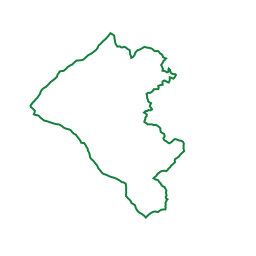 the district of Brumadinho, Minas Gerais, Brazil, rotated 236°
{"feature_id": "56859067B71494732621842", "entity_name": "Brumadinho", "entity_type": "district", "adm_level": 2, "iso_a3": "BRA", "parent_name": "Brazil", "parent_adm1": "Minas Gerais", "projection": "robinson", "projection_center": [-44.135, -20.186], "detail": "fine", "context": "isolated", "style": "outline", "palette": "green", "viewbox_px": 256, "rotation_deg": 236, "n_neighbors": 0, "source": "geoboundaries", "source_scale": "gbopen_adm2", "svg_char_len": 3963}
<svg xmlns="http://www.w3.org/2000/svg" viewBox="0 0 256 256"><g transform="rotate(236 128 128)"><path d="M191.9,57.6L190.6,58.5L189.5,59.8L188.4,60.7L187.0,61.0L185.5,61.2L183.6,61.8L181.0,62.7L179.3,64.3L178.2,65.2L176.4,66.5L174.4,68.1L172.6,69.5L171.1,70.9L170.0,72.2L168.8,73.3L166.8,74.2L164.3,74.9L162.4,76.0L161.2,77.1L159.6,78.5L158.0,79.3L156.4,79.4L153.8,79.8L151.5,81.0L148.7,81.1L146.6,81.3L144.1,81.4L142.1,80.9L141.1,81.9L140.1,83.2L137.7,83.3L135.6,83.0L133.3,83.0L131.8,82.1L129.5,82.0L127.5,81.4L125.2,80.2L123.3,80.2L121.6,80.5L120.3,80.9L119.0,81.0L117.6,81.1L116.1,81.2L114.6,81.4L113.0,81.3L110.9,80.8L109.1,81.2L106.9,81.3L105.0,81.5L103.4,82.1L102.1,83.3L100.6,84.3L98.6,85.4L96.9,86.6L95.6,87.7L94.1,89.0L92.1,90.2L90.4,91.1L88.6,92.0L86.7,92.5L85.1,94.1L83.1,95.0L81.2,94.0L79.3,93.0L77.5,91.6L75.9,90.7L74.3,89.5L72.8,88.3L70.1,88.6L68.1,89.1L65.8,89.4L63.7,88.9L62.1,89.8L60.1,90.6L57.5,89.8L55.4,89.5L53.5,89.6L51.2,90.2L48.9,91.5L46.5,92.3L43.8,92.7L44.2,94.4L44.5,96.1L44.7,98.5L44.6,100.7L44.3,102.5L43.5,103.9L42.5,104.9L41.5,106.0L41.7,107.8L41.6,110.0L40.7,111.7L39.6,113.5L41.0,114.8L42.3,115.2L43.2,116.4L45.0,117.2L46.2,119.1L46.8,120.9L48.2,120.2L49.7,120.7L50.5,122.3L51.9,122.8L53.4,123.4L54.5,124.8L57.1,125.1L58.7,125.3L60.3,124.1L62.4,123.8L63.9,124.1L65.5,123.7L67.9,123.8L70.1,121.9L72.1,121.1L72.4,123.0L72.5,125.0L73.5,126.9L73.5,128.8L73.7,130.4L73.2,132.4L72.3,134.2L70.9,135.4L71.0,137.2L71.7,138.8L71.9,141.0L72.8,143.2L73.0,145.7L73.4,147.9L75.0,148.5L75.9,149.7L75.8,151.7L75.8,154.1L76.6,156.1L77.1,158.7L77.4,161.6L79.6,162.4L81.2,163.5L82.6,164.4L83.7,165.5L85.6,165.9L87.1,165.3L88.2,164.4L89.6,163.0L91.3,162.0L92.6,160.7L92.5,158.5L92.0,156.2L92.2,153.6L93.7,152.9L95.6,152.3L97.6,151.2L99.7,151.6L100.7,153.9L102.8,154.6L104.6,153.7L106.3,153.0L107.9,153.5L109.5,154.6L111.7,154.3L113.6,153.6L114.9,153.0L116.0,151.0L117.7,149.9L118.6,148.5L119.7,146.6L121.8,145.8L123.8,144.9L124.9,145.9L125.6,147.2L127.0,148.3L127.6,150.3L128.7,151.1L130.2,150.8L131.8,149.9L132.2,152.0L131.3,153.5L131.4,155.1L130.2,156.3L130.0,158.3L131.5,158.5L133.7,158.2L134.9,159.6L135.7,161.0L137.2,160.1L138.7,159.7L140.3,160.3L142.3,160.7L144.1,161.9L145.9,162.4L146.0,164.3L144.7,166.2L144.7,169.0L145.7,171.2L144.6,172.8L143.3,174.9L144.3,176.0L146.0,176.6L145.4,179.0L144.5,180.9L145.8,181.6L147.2,182.6L147.2,184.6L145.9,185.5L144.3,186.1L142.9,187.2L144.0,189.0L145.1,189.9L146.7,191.0L145.2,192.1L143.5,193.2L144.0,195.3L145.2,197.4L146.5,197.0L147.5,195.5L149.3,194.5L151.6,194.8L152.9,195.4L154.5,195.0L153.4,193.8L152.0,193.0L152.4,191.3L154.0,190.8L155.3,189.7L156.2,188.6L157.5,190.1L159.5,190.4L161.7,190.7L162.6,193.1L163.7,194.7L163.9,196.6L164.4,198.4L165.9,197.3L167.4,196.7L168.8,197.2L170.4,197.2L171.6,196.3L173.6,196.3L175.2,195.8L175.9,194.3L177.1,193.0L178.6,192.6L180.0,192.3L181.2,191.6L182.6,190.4L183.9,188.8L186.0,187.1L186.2,184.9L186.3,182.9L186.5,181.4L187.1,179.6L186.8,177.4L186.0,175.7L184.6,173.8L184.1,171.6L184.3,169.9L186.0,170.7L188.1,171.0L190.1,172.3L191.8,172.9L193.5,171.9L195.2,171.4L197.2,170.7L197.8,168.6L198.8,167.3L200.3,166.8L201.4,164.7L203.3,164.7L204.8,164.8L206.2,165.3L207.8,166.0L209.1,166.6L210.7,167.4L212.4,168.2L214.5,167.4L216.4,166.4L215.3,163.3L214.7,160.7L214.2,158.7L214.1,156.9L213.7,154.7L213.1,152.2L212.8,149.7L211.6,147.9L210.8,146.1L210.5,144.0L210.3,141.5L210.3,139.1L210.4,137.5L210.6,135.9L210.4,134.2L210.0,131.9L209.7,130.0L209.9,128.0L211.0,125.9L211.7,124.6L212.7,123.2L212.5,121.2L212.3,119.7L211.8,117.4L212.2,115.3L212.2,113.3L212.2,111.8L211.7,109.5L211.4,106.5L212.5,104.5L213.1,102.9L212.4,101.6L211.8,99.7L210.2,97.7L209.9,96.0L209.6,94.1L209.5,91.9L209.4,89.4L208.9,87.7L208.5,85.9L208.0,82.9L208.2,80.0L207.8,77.8L206.9,75.9L205.3,73.8L204.7,71.9L203.6,69.4L203.4,67.3L202.7,65.5L202.5,63.8L202.0,62.2L201.2,59.9L199.9,59.2L198.0,59.7L196.1,60.2L194.5,60.5L193.3,59.4L191.9,57.6Z" fill="none" stroke="#15803d" stroke-width="2"/></g></svg>